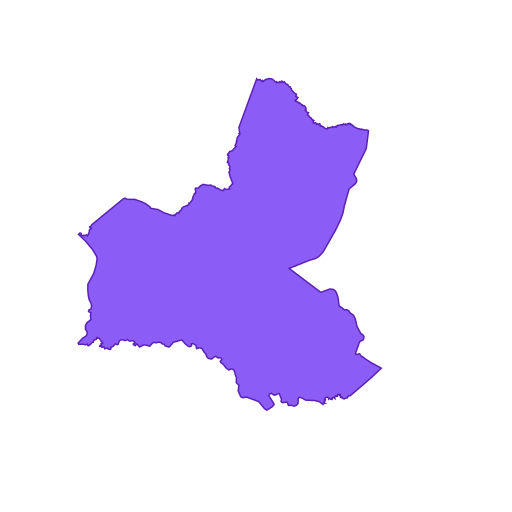 the district of Yang Talat, Kalasin, Thailand, rotated 120°
{"feature_id": "78962969B97820746751247", "entity_name": "Yang Talat", "entity_type": "district", "adm_level": 2, "iso_a3": "THA", "parent_name": "Thailand", "parent_adm1": "Kalasin", "projection": "orthographic", "projection_center": [103.312, 16.452], "detail": "fine", "context": "isolated", "style": "filled", "palette": "violet", "viewbox_px": 512, "rotation_deg": 120, "n_neighbors": 0, "source": "geoboundaries", "source_scale": "gbopen_adm2", "svg_char_len": 6097}
<svg xmlns="http://www.w3.org/2000/svg" viewBox="0 0 512 512"><g transform="rotate(120 256 256)"><path d="M102.2,344.0L153.1,335.1L157.4,331.8L158.4,332.0L158.6,330.8L162.5,331.5L166.9,330.1L166.8,329.8L170.9,329.3L171.0,328.0L176.9,329.3L178.6,331.0L182.5,331.4L182.9,331.0L182.9,329.7L184.9,329.3L184.8,328.7L189.1,327.6L188.7,327.0L190.6,325.4L191.5,323.3L193.9,322.6L194.5,321.4L196.4,321.1L196.9,321.4L200.8,317.5L201.8,315.7L202.6,315.4L203.3,314.1L205.1,312.2L205.7,312.7L207.6,312.8L209.7,313.6L211.3,312.4L213.3,315.4L213.4,317.1L215.6,317.0L216.5,319.3L216.5,323.5L217.1,323.9L217.2,325.6L216.6,325.9L216.6,327.0L217.3,328.8L217.1,330.6L218.7,332.7L220.3,337.4L220.8,338.0L222.2,338.3L222.4,339.0L222.9,339.2L226.2,340.0L227.4,342.3L228.7,342.1L229.6,340.8L231.8,339.7L232.4,339.8L232.5,340.4L233.0,340.5L236.9,340.0L238.2,339.2L238.7,339.6L239.5,339.2L243.2,339.9L243.6,340.5L244.6,340.0L246.9,340.7L246.8,341.0L250.0,343.5L251.5,344.0L253.5,343.7L255.5,344.6L257.5,344.2L257.4,344.9L258.1,345.9L260.8,346.7L261.2,346.4L261.2,346.9L261.9,347.2L261.8,347.8L262.8,348.8L264.6,357.2L264.8,364.2L267.4,371.2L266.5,372.3L265.9,377.6L266.2,381.8L267.6,389.4L271.6,396.4L271.2,398.0L271.6,398.5L272.8,399.5L311.3,414.0L312.8,413.6L314.0,414.6L314.6,413.6L314.5,412.4L317.0,413.3L318.5,412.4L322.8,412.0L322.6,413.5L323.6,414.2L324.3,415.8L325.0,415.9L325.3,417.3L324.6,418.5L323.8,418.7L324.2,420.0L326.0,420.6L328.5,410.6L332.3,400.5L335.8,394.2L337.7,392.3L344.0,389.8L352.3,387.8L364.5,387.5L369.8,384.5L374.3,381.3L377.2,378.7L379.5,375.1L381.5,373.4L384.4,372.4L386.2,373.7L387.5,373.5L387.9,372.7L387.7,370.6L390.7,369.4L393.4,367.1L398.3,369.1L401.5,368.9L404.4,367.3L406.9,363.6L408.7,363.1L410.6,363.3L414.0,365.1L420.4,366.5L421.1,365.4L418.7,361.4L418.2,359.2L416.7,358.2L417.6,356.8L417.4,356.0L414.4,354.9L413.0,354.8L412.1,353.8L410.1,354.3L408.0,352.7L406.4,353.3L406.0,353.1L406.5,351.9L405.7,351.0L405.6,350.4L407.4,347.3L407.7,345.3L408.4,345.3L409.4,346.3L410.2,345.2L411.4,346.4L412.4,346.2L412.3,345.6L411.1,345.1L412.1,343.8L410.7,342.4L412.0,340.6L410.0,338.8L410.5,337.3L410.0,335.7L409.1,335.2L407.4,336.0L406.1,334.7L402.6,333.9L402.3,333.5L402.2,331.9L401.4,331.3L397.9,331.9L396.2,331.1L395.1,329.2L394.7,327.0L392.8,325.8L393.0,323.2L390.9,320.1L391.4,317.6L392.0,317.5L393.5,318.3L394.1,317.9L394.1,315.8L393.3,315.5L392.3,315.9L391.7,315.3L393.0,311.3L389.7,309.2L388.4,307.7L387.4,303.2L386.4,302.6L384.7,302.5L381.9,301.5L381.2,299.2L379.4,297.3L378.5,295.5L379.0,293.6L378.4,291.4L379.3,289.8L378.3,285.7L374.4,284.8L372.3,284.7L365.7,278.2L367.4,273.6L368.1,269.2L367.5,267.8L366.5,267.1L365.4,267.1L364.4,268.1L363.3,267.0L363.3,263.5L365.9,261.1L363.7,259.0L363.1,256.7L365.1,253.1L365.9,250.6L368.2,247.8L368.4,245.7L367.5,243.0L364.3,241.7L363.0,240.6L363.3,237.9L362.0,236.1L361.9,235.2L362.6,233.8L365.0,234.3L365.9,233.3L366.1,230.5L367.9,226.0L368.3,222.5L365.8,220.6L365.7,218.5L367.3,216.1L369.2,214.6L371.0,212.2L375.5,209.8L376.6,206.1L381.7,204.0L385.5,198.9L385.6,197.6L385.2,196.3L383.6,194.7L382.9,193.3L380.7,181.0L383.9,172.5L384.1,169.5L378.5,166.6L375.8,166.0L374.9,166.7L370.6,175.0L369.2,175.4L367.4,174.4L367.4,170.6L366.7,169.7L364.1,168.0L363.6,167.0L367.3,162.3L369.2,161.7L369.9,160.7L369.8,159.8L367.2,156.3L367.3,155.6L369.2,153.2L367.8,151.0L366.8,147.6L364.9,146.3L362.6,145.9L358.5,148.1L356.8,147.9L356.0,145.4L356.0,141.0L351.9,133.1L350.5,128.3L351.1,123.8L350.2,123.9L349.4,123.0L349.6,123.9L348.0,123.6L347.6,124.3L346.9,123.9L346.3,124.5L346.2,123.9L345.7,123.9L345.5,124.9L344.8,125.0L343.8,124.9L342.5,123.8L342.9,122.1L343.4,121.7L342.7,121.6L342.8,119.9L342.3,118.5L341.6,118.5L342.0,119.2L340.5,118.8L339.6,118.1L339.8,116.6L339.1,117.4L337.7,117.2L337.7,116.6L337.1,116.6L337.2,115.9L336.7,115.3L335.1,116.0L334.4,115.0L334.9,114.2L334.0,113.7L336.1,112.2L336.1,111.7L335.6,112.0L335.2,111.7L336.0,109.0L335.6,108.1L333.4,106.5L333.1,105.9L330.9,106.1L330.2,104.8L326.7,103.4L303.3,95.2L290.5,91.4L290.8,102.4L290.5,109.5L289.9,113.6L290.3,114.3L288.9,117.4L291.3,120.1L290.7,121.1L279.7,123.2L277.8,123.2L275.2,121.3L273.2,121.5L271.6,122.4L270.8,124.2L270.6,126.7L266.5,133.3L261.0,138.4L258.6,141.8L258.1,146.5L257.1,148.1L257.1,150.8L258.4,152.0L257.5,159.2L250.8,164.3L247.3,168.4L246.5,170.1L246.3,172.4L247.6,175.5L254.8,181.4L255.0,182.4L250.2,221.1L233.0,207.6L228.4,203.2L226.3,201.9L224.1,201.1L219.2,199.9L194.8,200.0L182.9,200.8L174.9,202.3L168.5,204.5L151.3,208.9L144.1,206.2L141.9,206.0L140.4,206.4L138.8,207.7L136.2,212.3L107.9,214.2L91.4,221.1L91.2,222.0L91.8,223.8L92.7,225.0L93.4,228.3L94.2,228.6L94.1,229.9L94.9,232.1L95.1,236.1L94.7,236.4L94.9,236.8L94.3,238.8L94.9,239.7L94.3,239.9L94.2,240.4L94.8,240.8L94.5,241.7L94.8,242.1L95.7,242.3L95.9,243.0L96.8,242.9L97.3,243.5L97.6,244.0L97.0,244.5L98.1,245.8L97.9,246.2L99.5,246.6L99.3,247.4L101.3,249.7L102.2,250.1L102.3,250.8L103.7,251.3L104.0,251.1L104.1,251.9L105.0,252.0L105.6,254.3L106.3,254.1L106.3,254.6L108.7,257.1L108.7,258.0L110.2,257.7L111.1,260.5L110.4,262.0L110.9,262.5L110.5,263.2L110.9,264.1L110.6,264.6L111.3,265.3L109.6,266.6L109.8,267.5L110.9,267.8L110.9,269.3L111.7,269.5L111.1,269.9L110.8,271.2L112.0,272.6L111.9,273.0L111.4,273.6L110.6,273.6L110.3,274.2L109.9,274.0L110.2,274.8L109.5,275.2L109.8,275.9L108.8,277.7L108.9,279.3L107.9,280.7L108.2,281.8L107.4,282.3L105.6,282.2L106.0,284.1L105.7,285.0L104.8,285.5L105.0,286.1L104.4,285.9L104.2,286.5L103.3,286.3L101.8,288.4L101.8,289.7L102.5,290.3L101.9,291.6L102.4,291.9L101.6,294.0L101.9,294.4L101.6,295.4L102.1,296.0L101.7,296.6L102.2,299.6L101.7,300.0L100.8,299.3L97.8,298.9L97.9,301.3L95.7,301.8L95.7,304.2L94.3,308.4L93.5,308.9L93.2,310.1L92.4,310.9L92.8,312.3L91.6,314.5L92.1,316.0L90.9,318.6L92.0,319.2L91.6,320.9L92.4,320.6L93.0,321.0L93.2,322.1L93.0,322.5L94.5,322.9L94.5,323.8L95.1,324.5L94.8,325.2L95.7,325.3L94.7,329.6L94.8,331.3L95.6,332.4L95.5,333.1L96.4,334.1L96.8,334.2L97.5,335.3L98.1,335.4L98.4,336.1L101.2,336.9L100.7,338.1L101.9,338.4L101.1,340.8L102.1,341.4L102.1,342.2L102.7,342.7L102.2,344.0Z" fill="#8b5cf6" stroke="#5b21b6" stroke-width="1.5"/></g></svg>